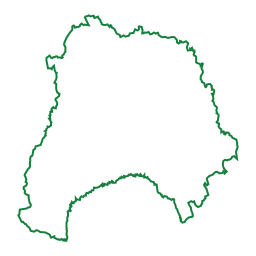 Ihosy, Ihorombe, Madagascar (Natural Earth projection)
{"feature_id": "10022922B7074189327891", "entity_name": "Ihosy", "entity_type": "district", "adm_level": 2, "iso_a3": "MDG", "parent_name": "Madagascar", "parent_adm1": "Ihorombe", "projection": "natural_earth1", "projection_center": [45.83, -22.367], "detail": "fine", "context": "isolated", "style": "outline", "palette": "green", "viewbox_px": 256, "rotation_deg": 0, "n_neighbors": 0, "source": "geoboundaries", "source_scale": "gbopen_adm2", "svg_char_len": 5739}
<svg xmlns="http://www.w3.org/2000/svg" viewBox="0 0 256 256"><path d="M168.0,37.9L164.8,36.8L162.9,37.3L161.3,36.8L158.7,35.1L158.2,33.2L157.6,32.7L155.8,33.6L154.0,32.5L152.0,33.9L150.1,34.3L148.6,32.0L146.8,32.7L144.6,32.5L143.7,33.3L142.2,33.4L142.6,30.6L141.7,26.9L139.5,26.4L138.7,26.6L139.0,29.2L138.0,30.3L137.3,30.5L135.1,29.3L133.5,32.9L130.0,33.4L128.7,35.8L125.5,36.6L123.7,35.4L120.4,37.1L119.8,35.0L116.7,33.6L114.4,28.9L111.9,27.6L111.2,25.5L110.4,25.2L109.6,26.9L107.5,24.4L105.2,25.1L102.6,24.7L101.7,24.1L101.6,22.9L100.6,21.6L100.2,19.9L98.6,18.4L97.9,16.6L94.7,18.0L94.1,17.7L94.1,16.3L93.5,15.7L90.5,16.4L88.8,15.4L87.9,16.0L85.5,16.5L84.9,17.5L88.8,25.3L84.7,24.6L83.5,25.1L81.6,23.6L80.2,24.7L80.2,25.7L78.5,27.0L77.1,26.8L75.1,27.7L74.3,26.0L73.5,25.5L72.2,26.6L72.5,28.4L72.0,30.2L69.9,32.6L66.6,37.7L64.6,42.0L64.1,44.7L65.5,47.5L65.3,52.0L64.6,52.4L63.8,54.5L62.3,55.4L62.1,56.3L62.7,57.5L61.7,58.1L59.7,57.4L57.8,57.5L57.1,56.5L56.1,56.3L54.6,57.2L53.4,57.1L52.4,58.0L51.3,57.9L49.5,55.6L46.5,57.9L46.4,60.4L48.0,68.3L50.5,68.4L51.7,69.2L52.5,67.2L54.0,65.7L54.7,70.4L56.1,73.0L56.6,73.1L56.3,73.6L56.6,77.1L56.2,79.2L54.4,82.8L56.2,83.8L56.2,89.2L57.3,92.5L58.2,92.9L58.7,93.9L59.4,93.9L59.2,95.8L56.7,98.1L55.8,98.5L55.4,99.6L57.2,102.8L57.1,105.0L56.0,106.5L55.8,108.3L54.2,108.2L53.2,107.1L51.6,108.9L51.4,110.2L52.2,110.7L52.2,111.8L50.3,111.9L50.3,114.3L49.6,115.3L50.4,115.4L49.9,117.2L50.3,118.6L49.1,118.7L51.4,122.4L50.9,122.8L51.1,125.4L48.9,127.0L47.6,126.5L47.4,127.9L46.2,129.4L46.3,130.1L45.1,131.0L45.7,131.2L45.8,133.1L45.3,134.3L45.8,135.6L44.7,136.1L44.0,137.7L42.9,138.5L40.7,144.9L35.7,146.4L34.9,149.0L33.4,149.9L32.4,155.6L30.8,156.5L30.1,158.9L30.3,160.2L29.8,164.4L30.1,165.8L29.7,167.5L27.9,169.2L24.7,174.6L24.7,175.8L25.4,176.7L26.4,180.0L25.6,181.9L26.7,182.6L26.9,184.0L26.1,185.7L23.9,186.9L23.5,188.3L25.0,190.8L24.7,193.0L26.5,194.6L28.6,195.3L28.7,198.5L29.6,202.7L30.7,204.2L30.8,205.7L29.9,207.2L27.8,207.6L26.7,208.5L19.8,209.6L19.3,214.4L18.4,215.3L21.6,221.9L23.0,221.8L24.8,223.9L26.0,224.1L27.3,226.2L29.3,227.5L30.7,230.8L34.3,231.7L36.1,230.3L37.5,230.4L40.5,232.1L45.2,232.4L49.5,234.5L51.1,237.7L54.3,236.3L54.3,237.7L57.4,239.3L58.5,239.2L59.2,239.9L60.1,239.9L61.3,239.0L63.0,240.4L64.5,240.6L63.5,239.4L65.2,239.2L65.7,239.5L65.9,240.6L66.4,240.6L67.4,237.3L66.5,234.3L67.0,230.5L66.4,229.3L66.8,228.3L66.4,226.6L66.6,221.9L67.4,220.9L67.2,217.8L67.9,216.2L68.0,212.8L67.6,211.8L68.5,210.6L70.1,211.2L70.7,210.8L69.7,208.1L71.1,206.8L70.4,206.5L70.2,205.6L71.0,206.1L71.4,205.8L71.0,204.0L71.8,201.9L73.1,203.4L73.8,203.2L74.1,202.0L75.9,201.0L75.8,198.3L76.5,199.3L79.9,200.0L80.3,197.7L80.9,196.8L81.7,196.3L83.3,197.0L84.3,195.5L85.9,195.5L85.9,194.0L86.7,192.8L88.3,193.3L89.5,191.9L91.1,192.1L91.5,190.5L93.3,190.3L94.1,187.5L95.8,187.9L98.9,187.1L101.2,185.1L102.3,186.3L102.7,185.8L102.2,184.9L102.5,183.9L103.9,185.8L104.3,185.5L104.0,184.3L104.3,183.8L107.5,184.9L107.8,183.3L109.4,183.4L109.4,181.9L111.1,182.5L112.0,180.9L112.9,181.6L113.0,182.8L115.6,182.7L116.5,180.5L118.0,179.8L119.1,178.5L120.1,178.4L120.3,177.7L121.0,178.1L121.6,176.7L123.2,177.7L124.5,177.5L124.2,176.0L125.3,176.4L127.9,176.1L128.7,174.7L129.9,175.1L130.8,174.1L131.5,174.9L132.8,174.8L133.2,176.1L134.4,176.4L135.1,174.9L135.7,175.9L136.5,174.4L137.2,174.1L138.2,175.5L139.5,175.7L140.4,174.1L141.2,175.0L140.5,176.1L143.3,176.5L144.3,175.0L144.4,177.4L145.4,177.1L146.4,177.8L147.5,177.1L148.0,178.6L149.4,179.5L150.8,181.4L153.8,182.1L154.3,183.7L155.1,184.0L154.7,184.8L156.7,184.7L157.6,191.7L158.4,192.8L160.6,193.6L161.2,195.1L161.8,195.1L161.9,196.3L163.2,197.4L164.2,196.1L166.9,196.7L168.2,198.6L169.3,198.5L171.5,200.0L172.7,199.0L174.1,199.3L174.3,202.7L175.5,205.3L176.0,207.9L177.3,209.4L177.7,211.4L180.2,216.4L180.5,217.5L180.0,217.1L179.8,217.5L180.9,220.1L180.6,220.9L182.4,222.6L184.7,222.0L186.0,219.7L187.8,218.1L189.3,217.3L192.5,216.7L192.9,216.0L192.6,215.7L192.6,213.8L191.2,210.3L190.9,207.6L189.8,206.2L188.3,202.8L191.2,201.2L193.2,202.2L194.1,201.4L195.5,205.0L197.3,206.6L198.2,207.0L201.0,205.7L201.3,204.3L202.2,203.7L202.3,200.9L203.8,200.5L204.5,198.9L205.5,198.5L205.1,196.6L208.3,195.0L206.5,188.9L204.0,185.1L205.0,183.1L207.0,185.3L208.4,184.1L206.8,179.2L207.1,178.0L209.6,175.8L212.3,174.9L215.6,172.0L217.3,171.8L219.2,173.3L221.9,173.1L223.3,172.3L223.4,171.3L224.2,171.9L224.6,173.5L226.7,171.6L224.0,168.7L223.0,165.9L222.8,163.9L223.4,161.0L225.0,159.8L227.3,160.4L227.7,159.9L229.6,159.6L231.4,158.4L232.1,156.9L234.0,156.1L237.0,158.9L236.0,151.8L237.6,147.1L237.6,146.1L237.1,145.4L237.2,143.2L236.4,139.6L232.4,137.8L231.5,136.0L229.5,135.2L229.3,133.7L228.4,132.7L226.3,132.5L226.2,133.4L225.0,134.5L224.2,134.1L224.3,132.7L223.6,131.4L222.7,131.8L222.9,132.3L221.7,131.7L221.3,132.1L221.3,129.4L219.5,128.0L218.5,126.2L219.2,123.9L218.7,123.2L217.5,123.1L216.6,122.1L217.8,120.7L218.6,116.0L218.5,114.6L216.5,113.1L217.0,112.4L216.3,110.5L216.9,108.3L216.7,107.0L214.5,105.2L213.5,101.5L212.4,100.9L213.4,98.9L212.9,95.4L213.3,94.7L212.4,94.8L211.9,93.9L213.1,93.7L214.2,91.7L214.1,90.2L213.6,89.7L211.8,89.7L212.1,88.0L211.4,86.9L211.8,85.9L210.1,84.0L207.0,84.4L206.2,86.8L205.6,87.2L205.1,86.6L204.2,83.1L201.8,82.0L201.8,80.8L200.6,79.0L200.8,76.1L202.9,72.6L202.8,70.9L201.5,68.5L202.8,63.8L202.4,63.4L201.8,63.6L201.4,65.9L200.6,66.2L200.4,64.7L199.7,63.9L196.8,62.9L196.1,62.2L196.2,57.0L195.4,55.9L194.1,55.5L193.6,54.7L194.6,51.9L194.4,50.7L193.4,51.2L192.0,47.9L191.3,48.9L190.3,48.6L190.8,50.2L187.8,50.5L186.9,47.4L188.1,43.3L186.0,41.3L183.0,42.5L181.8,42.4L181.1,41.3L180.0,40.9L179.7,42.8L178.7,43.5L177.0,42.4L176.9,40.0L174.7,37.4L172.8,36.9L168.0,37.9Z" fill="none" stroke="#15803d" stroke-width="2"/></svg>